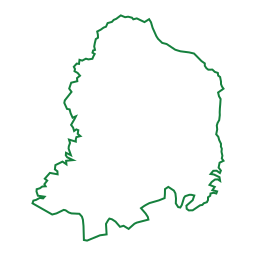 Monte Alegre dos Campos, Rio Grande do Sul, Brazil
{"feature_id": "56859067B8429255067191", "entity_name": "Monte Alegre dos Campos", "entity_type": "district", "adm_level": 2, "iso_a3": "BRA", "parent_name": "Brazil", "parent_adm1": "Rio Grande do Sul", "projection": "robinson", "projection_center": [-50.806, -28.697], "detail": "fine", "context": "isolated", "style": "outline", "palette": "green", "viewbox_px": 256, "rotation_deg": 0, "n_neighbors": 0, "source": "geoboundaries", "source_scale": "gbopen_adm2", "svg_char_len": 2627}
<svg xmlns="http://www.w3.org/2000/svg" viewBox="0 0 256 256"><path d="M189.1,52.4L180.5,51.3L177.4,50.4L175.2,49.7L166.6,44.0L162.2,42.9L158.1,38.9L156.4,36.3L152.6,27.8L151.0,22.3L149.1,19.2L144.5,22.1L136.8,18.4L133.3,19.3L132.0,17.7L128.1,16.7L125.1,17.2L120.8,15.4L116.3,18.8L113.7,19.9L111.9,21.9L107.6,23.1L106.0,26.7L103.6,27.6L100.7,29.7L97.2,31.5L97.9,34.8L98.0,37.7L95.8,39.1L94.8,43.2L94.2,46.5L95.0,49.9L93.1,50.5L92.5,52.7L94.7,54.0L93.4,56.3L92.4,58.8L88.4,59.4L85.9,58.7L82.2,60.6L79.5,59.8L79.0,63.9L76.7,63.6L73.8,66.8L75.0,69.0L74.5,71.2L77.6,72.9L80.0,75.7L77.0,78.1L77.3,81.2L71.2,82.7L69.2,88.6L71.5,91.9L64.8,100.4L64.3,102.9L67.0,108.9L69.6,109.4L70.6,113.2L72.6,117.7L75.9,116.3L74.6,118.9L71.1,124.9L73.1,127.6L74.1,131.0L76.3,129.4L78.3,130.2L77.7,133.8L80.4,136.1L76.4,137.1L75.8,139.3L75.8,141.6L69.0,139.6L70.0,143.0L68.8,146.4L68.6,148.6L70.9,155.2L66.0,152.8L65.8,155.3L67.2,157.3L73.1,160.1L66.1,160.8L66.4,164.3L62.5,161.6L58.3,163.7L55.4,165.1L54.9,169.4L57.4,171.3L57.6,174.3L49.9,172.9L44.8,178.7L47.2,180.6L44.4,184.2L45.6,186.3L42.3,186.5L39.8,188.3L36.7,189.2L36.5,191.5L37.9,195.7L44.6,196.7L43.1,198.4L39.8,197.9L36.1,199.9L33.4,200.6L32.5,203.3L52.2,214.5L56.5,213.4L63.7,209.9L65.6,210.3L68.6,212.4L71.4,213.4L79.4,213.8L81.9,216.6L82.9,219.7L83.5,226.0L83.9,240.0L87.1,240.6L100.0,235.3L106.6,234.4L106.0,223.9L108.1,220.3L109.4,218.6L112.0,219.3L115.5,221.6L120.0,226.8L123.6,225.8L128.6,228.9L134.5,223.7L136.8,222.6L148.4,219.6L147.8,216.9L145.6,213.5L141.0,208.2L144.3,205.9L146.0,204.9L149.4,203.1L158.8,200.4L164.6,198.1L164.9,194.2L165.0,189.1L168.3,186.9L173.9,190.6L175.4,193.4L176.0,198.5L175.8,203.4L178.2,207.1L180.3,207.5L181.8,205.0L184.0,197.8L185.2,196.2L189.4,194.8L191.3,194.8L194.3,195.5L192.7,200.2L186.4,205.7L186.7,208.8L188.8,210.4L192.7,210.3L200.1,205.3L202.4,204.9L203.7,203.3L206.9,202.2L208.0,200.0L208.0,197.3L210.2,195.8L210.5,193.5L213.5,192.8L216.3,193.5L217.1,191.4L212.4,190.2L214.7,186.9L209.5,184.9L211.7,182.0L215.0,179.5L217.8,179.4L220.1,180.9L219.5,177.2L213.9,174.5L210.6,174.0L213.3,170.8L216.6,170.7L219.9,173.0L220.9,170.6L218.6,167.6L219.6,162.7L223.5,160.8L221.8,158.4L222.4,155.7L221.5,151.8L221.8,148.7L220.9,146.6L221.0,143.8L219.2,140.1L218.3,136.8L216.2,134.3L217.2,129.4L216.8,125.5L217.6,122.9L219.2,120.1L219.8,115.1L219.7,112.3L219.9,108.1L220.2,104.8L220.6,99.0L219.0,96.3L218.1,92.5L223.5,88.7L222.0,86.6L221.0,84.1L221.0,81.6L220.1,77.0L218.2,75.6L217.8,72.9L214.8,71.9L212.4,69.6L208.3,69.7L206.4,68.2L204.8,65.8L204.8,63.4L201.5,61.1L196.4,55.9L194.0,53.5L189.1,52.4Z" fill="none" stroke="#15803d" stroke-width="2"/></svg>